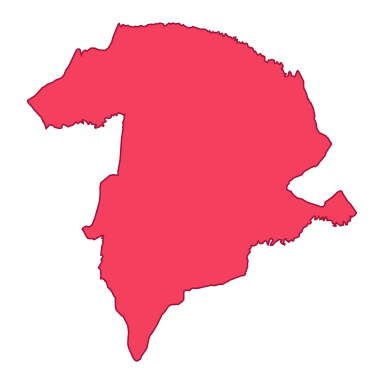 Thaba-Tseka, Thaba-Tseka, Lesotho (Equal Earth projection)
{"feature_id": "5366337B12676471094494", "entity_name": "Thaba-Tseka", "entity_type": "district", "adm_level": 2, "iso_a3": "LSO", "parent_name": "Lesotho", "parent_adm1": "Thaba-Tseka", "projection": "equal_earth", "projection_center": [28.592, -29.521], "detail": "fine", "context": "isolated", "style": "filled", "palette": "rose", "viewbox_px": 384, "rotation_deg": 0, "n_neighbors": 0, "source": "geoboundaries", "source_scale": "gbopen_adm2", "svg_char_len": 5891}
<svg xmlns="http://www.w3.org/2000/svg" viewBox="0 0 384 384"><path d="M356.5,212.9L351.1,204.9L347.9,201.5L343.3,194.6L341.9,191.6L340.8,190.8L337.5,192.1L332.3,197.2L325.1,202.2L324.9,204.8L323.5,206.4L322.0,207.0L309.3,203.0L304.7,200.9L302.0,199.0L297.4,198.0L293.4,195.0L291.0,191.4L288.0,190.3L286.9,189.3L286.7,187.3L287.3,185.1L288.5,184.2L289.7,180.9L291.0,180.3L293.6,177.9L301.8,174.8L303.8,171.8L309.3,168.5L313.7,166.3L315.1,166.7L317.4,165.3L319.2,162.6L324.8,156.0L326.4,151.9L331.4,144.3L331.2,143.3L330.4,141.8L329.5,141.4L328.8,139.2L325.7,135.8L319.5,132.8L317.4,129.8L316.7,127.7L316.1,123.5L314.0,118.1L314.9,116.3L313.2,108.2L310.9,103.1L309.0,100.7L308.5,99.0L307.9,99.2L306.2,92.9L304.1,88.7L303.6,86.5L303.6,81.3L298.6,71.4L297.7,70.7L296.8,71.8L295.4,75.7L294.3,76.5L291.7,75.9L290.9,72.7L289.6,71.5L288.5,73.1L288.7,74.9L288.4,75.5L286.9,76.5L285.1,76.6L284.7,75.7L284.9,75.1L286.3,74.2L283.9,73.1L283.3,70.7L281.6,68.7L282.6,67.9L283.0,65.8L281.2,62.8L280.2,63.1L279.8,64.1L278.9,64.4L277.1,61.8L275.6,63.3L274.7,63.3L274.2,62.6L274.4,60.7L272.0,59.4L269.2,60.4L268.5,60.1L267.9,61.9L267.2,62.6L264.4,60.2L264.9,57.8L264.5,56.5L263.0,55.8L262.4,56.4L260.4,53.7L258.0,55.0L257.3,54.5L255.3,51.3L253.9,51.6L253.4,49.5L251.8,47.5L251.0,47.9L249.8,47.7L248.1,46.5L247.4,44.1L246.8,43.3L244.0,43.8L242.3,42.0L241.6,43.4L240.7,43.3L239.5,42.0L237.3,42.8L237.0,41.3L237.5,39.8L237.1,39.3L234.8,40.2L235.8,37.2L234.1,37.2L232.7,38.6L230.7,37.0L228.9,36.8L227.3,35.7L225.7,33.7L225.2,34.0L224.6,35.8L223.2,36.3L222.6,33.8L222.0,33.3L219.6,34.6L218.8,31.7L216.5,32.7L215.7,32.4L214.3,32.9L213.1,31.7L211.1,32.9L209.5,30.8L209.0,31.7L208.2,31.9L207.0,30.4L205.3,29.4L200.1,29.1L192.7,26.6L191.1,27.5L188.1,28.0L183.8,25.4L183.4,24.7L181.5,25.6L180.7,25.3L179.2,23.4L175.1,24.0L173.0,23.0L171.1,24.1L169.0,23.1L165.1,26.1L163.7,25.0L163.4,24.1L160.5,23.2L158.9,23.3L157.6,24.0L155.8,23.8L153.7,24.6L151.5,24.2L147.8,24.7L146.1,26.5L145.2,26.2L143.6,26.6L141.3,25.6L139.2,26.1L138.7,26.9L134.9,26.3L133.1,27.4L130.8,26.5L129.1,26.4L128.2,25.4L125.4,25.9L123.3,24.7L122.4,24.9L121.2,26.6L120.5,26.6L119.3,23.6L118.4,24.1L115.4,31.4L112.9,37.6L111.7,42.3L108.5,47.8L105.1,50.4L98.4,49.9L95.0,48.2L90.9,48.1L87.1,51.1L85.7,50.2L84.4,50.5L82.8,52.0L81.4,55.2L80.0,49.8L78.9,48.9L77.5,49.3L76.4,50.1L69.0,65.8L66.2,69.7L63.9,75.0L61.6,77.8L55.6,80.2L52.9,82.3L47.0,84.5L45.8,85.9L42.4,87.6L35.0,95.8L27.8,100.4L27.5,101.4L28.6,103.2L32.3,107.1L34.3,109.9L41.5,117.7L43.2,121.7L44.7,123.9L46.1,128.6L48.2,126.5L48.5,125.5L49.7,124.8L52.7,125.3L54.9,127.4L60.1,128.5L61.8,127.7L61.9,125.5L62.7,124.6L64.2,124.6L68.1,126.8L73.5,124.7L75.8,122.1L78.0,123.6L80.2,121.6L83.3,123.4L83.6,122.3L82.1,121.1L82.4,119.9L83.0,119.7L86.4,121.4L88.3,124.3L89.4,123.7L89.5,122.3L90.8,122.1L91.6,124.2L93.5,124.0L94.8,124.8L95.9,124.6L96.3,124.9L96.0,125.8L95.3,126.2L94.8,127.4L95.1,128.0L95.8,128.1L99.4,126.9L101.0,125.3L103.5,126.3L103.8,125.2L102.7,123.9L102.5,123.1L105.7,121.9L106.0,121.3L104.8,119.8L104.9,118.6L106.8,117.5L108.3,118.5L109.9,118.2L111.1,117.2L111.4,114.9L113.3,115.8L114.5,114.2L114.9,114.2L116.8,115.5L117.4,113.3L118.1,112.9L121.1,113.6L123.2,114.8L124.0,114.7L124.8,113.8L124.3,115.8L124.2,119.1L122.7,122.8L123.4,124.7L123.0,125.5L123.3,126.3L122.7,127.4L123.2,129.0L122.6,130.9L122.4,134.2L121.6,138.1L120.1,159.9L118.0,171.4L118.2,174.9L117.2,175.4L113.7,174.7L109.9,175.4L101.0,182.7L100.1,186.8L100.2,195.3L99.3,202.5L94.7,218.5L92.1,224.6L89.6,226.8L86.0,226.3L83.2,227.8L82.2,229.3L83.9,231.6L86.7,237.0L88.0,238.5L93.1,238.8L94.2,239.7L101.6,235.5L102.8,235.3L103.6,235.9L102.3,236.9L101.9,238.2L103.2,238.3L103.4,239.3L102.7,240.5L103.2,242.7L102.0,246.0L100.9,255.1L102.2,254.9L103.0,256.4L101.1,259.8L101.7,260.3L101.7,262.3L98.4,267.8L99.9,268.8L100.7,270.8L100.6,273.5L101.1,274.9L100.5,278.7L102.6,278.8L104.2,279.5L105.0,281.0L106.5,282.3L107.9,287.3L111.1,290.4L114.1,296.3L115.3,297.4L115.5,307.3L116.4,310.2L122.0,316.0L123.4,316.7L127.8,325.5L128.6,332.0L127.9,342.1L128.0,345.0L128.9,348.3L132.9,357.3L134.5,359.7L135.8,360.7L137.3,361.0L140.2,359.1L141.8,355.6L146.7,348.5L148.9,338.5L150.2,335.2L152.3,332.6L156.9,325.0L161.8,314.9L165.0,311.4L168.0,306.9L169.7,305.4L171.3,304.7L178.4,304.3L182.3,301.4L183.7,299.6L183.8,291.7L184.6,290.6L188.3,290.0L189.3,290.6L192.1,288.2L197.6,288.3L211.0,285.2L214.9,285.6L219.0,284.3L222.7,284.3L230.5,279.8L241.5,275.7L244.0,275.5L245.2,274.5L245.5,273.9L245.3,273.0L247.6,266.8L247.4,263.9L248.0,260.5L247.2,258.8L246.9,256.7L248.7,253.5L250.2,252.2L249.2,249.2L250.6,248.6L251.4,245.6L253.0,246.0L255.8,245.1L257.0,244.0L258.0,241.4L258.5,241.2L259.4,243.0L260.3,243.7L262.7,243.4L264.5,241.1L265.6,240.8L267.0,241.8L267.5,244.6L268.3,244.7L269.2,240.8L270.8,238.7L271.6,238.6L272.9,240.0L272.8,241.0L271.3,242.6L270.5,245.3L272.7,245.2L275.1,242.3L279.2,239.5L281.4,240.1L280.7,241.8L281.3,243.2L284.5,244.9L284.9,244.3L284.8,243.8L283.8,243.1L283.6,241.5L284.9,239.0L286.1,239.0L286.5,240.5L288.7,242.1L289.1,242.1L289.6,240.6L290.6,240.7L291.5,239.8L292.5,241.0L293.0,241.0L293.6,240.7L293.8,239.2L294.8,237.9L296.2,237.8L299.1,236.5L299.5,233.4L301.7,232.0L302.7,229.1L303.8,227.4L306.6,226.3L307.7,224.0L310.3,223.7L310.8,223.1L311.2,222.5L310.3,219.9L313.9,216.3L314.6,216.2L315.2,216.7L314.8,218.9L315.1,219.7L317.3,218.9L318.7,216.4L320.0,218.2L319.9,219.5L321.2,219.3L321.9,218.6L322.1,217.4L323.1,217.3L323.7,217.8L323.1,219.9L323.6,220.5L324.0,220.5L325.7,217.2L326.3,217.2L326.7,217.8L326.8,220.0L327.5,220.6L330.4,220.3L331.8,220.9L332.6,223.2L334.4,223.8L334.7,224.2L333.3,225.6L334.1,226.1L335.9,226.2L335.9,223.6L336.3,222.6L340.7,225.9L341.8,225.1L343.2,225.1L343.5,221.7L344.8,222.5L346.0,224.8L347.3,224.6L347.5,222.4L348.5,221.1L350.1,221.1L349.9,219.7L350.9,217.9L350.0,216.8L350.0,216.3L352.8,216.6L354.7,215.3L356.5,212.9Z" fill="#f43f5e" stroke="#9f1239" stroke-width="1.5"/></svg>